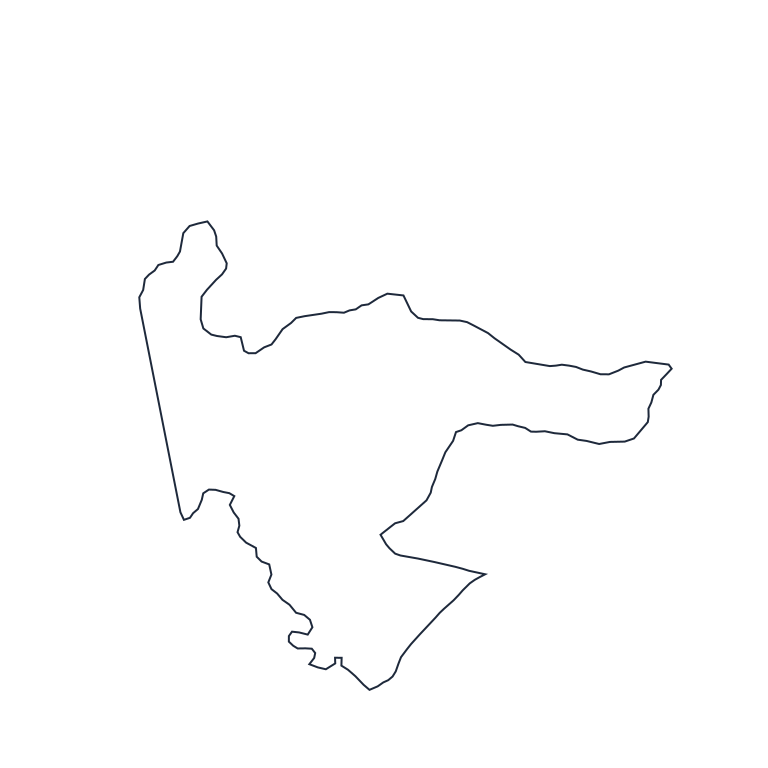 Governador Luiz Rocha, Maranhão, Brazil, rotated 234°
{"feature_id": "56859067B14597495707649", "entity_name": "Governador Luiz Rocha", "entity_type": "district", "adm_level": 2, "iso_a3": "BRA", "parent_name": "Brazil", "parent_adm1": "Maranhão", "projection": "orthographic", "projection_center": [-44.107, -5.572], "detail": "fine", "context": "isolated", "style": "outline", "palette": "slate", "viewbox_px": 768, "rotation_deg": 234, "n_neighbors": 0, "source": "geoboundaries", "source_scale": "gbopen_adm2", "svg_char_len": 2686}
<svg xmlns="http://www.w3.org/2000/svg" viewBox="0 0 768 768"><g transform="rotate(234 384 384)"><path d="M598.0,237.0L588.4,231.1L399.9,143.9L391.7,142.3L389.8,148.4L391.7,153.6L392.2,160.0L397.4,168.5L401.8,173.5L401.5,180.3L397.4,185.5L391.1,190.5L386.6,194.7L381.3,197.0L376.8,188.2L368.4,186.9L360.5,187.1L354.4,183.7L350.2,178.4L344.9,177.8L336.7,179.2L326.6,184.0L319.1,179.5L312.3,180.6L305.5,185.1L296.0,180.9L291.5,173.8L284.2,172.4L277.3,174.4L269.1,175.0L261.0,177.8L250.6,178.4L244.1,183.7L236.8,185.5L229.3,183.1L226.1,175.0L232.9,169.3L237.7,164.0L236.0,158.9L231.5,155.6L225.6,156.7L220.8,158.7L216.3,165.1L212.3,170.0L206.8,170.2L203.4,166.5L201.2,158.9L193.6,163.9L187.4,169.3L186.6,180.3L191.3,183.5L187.4,188.8L181.2,184.0L174.0,186.9L164.4,189.1L152.6,190.7L145.1,192.5L143.1,201.2L143.0,208.0L141.9,213.3L142.3,219.0L144.6,224.6L149.3,231.4L153.0,237.2L155.9,246.6L157.7,253.0L160.4,265.8L164.7,288.3L166.1,294.5L166.9,300.5L168.1,313.1L169.5,320.8L170.8,326.4L172.3,336.2L172.2,342.4L171.5,348.1L170.6,354.0L178.2,347.2L182.9,343.0L188.3,339.0L194.1,334.3L210.4,320.1L222.9,308.8L235.6,296.5L240.2,293.3L247.8,291.9L253.0,291.5L264.1,292.6L264.6,305.0L264.8,311.1L261.8,319.0L263.4,335.1L264.9,350.0L268.6,357.9L272.5,362.2L277.0,369.6L281.8,375.7L287.9,385.8L292.7,393.5L297.4,406.5L302.8,414.0L301.1,419.4L301.1,427.8L297.2,436.9L291.0,442.7L286.2,447.5L282.2,454.6L275.6,464.2L271.1,467.6L265.5,472.4L259.1,474.9L255.9,479.1L251.2,486.4L244.1,492.9L235.4,502.8L225.1,508.0L218.9,514.4L209.0,522.8L204.3,532.8L195.9,544.9L193.0,554.2L198.1,575.0L202.0,578.9L208.6,583.4L211.9,589.4L216.9,595.6L218.1,602.7L220.4,607.4L224.5,610.6L225.9,618.5L227.3,625.7L232.4,625.7L241.6,615.9L248.3,608.8L256.2,588.0L257.1,581.4L259.6,571.7L264.6,564.9L272.4,558.9L278.8,553.3L284.9,549.4L290.1,544.5L295.1,539.2L297.8,533.9L301.0,528.7L318.7,511.3L328.6,510.2L337.3,506.7L356.0,500.3L364.0,498.1L378.5,491.0L385.2,487.6L390.8,482.6L402.9,466.4L407.6,461.7L413.5,453.8L417.6,450.4L426.7,448.6L444.2,451.8L455.1,439.8L457.0,429.9L457.6,418.2L460.8,412.1L461.0,405.0L463.8,399.4L465.2,393.5L470.0,387.8L474.4,381.9L477.6,374.8L485.5,359.7L489.1,351.8L488.0,344.7L488.0,334.2L484.0,322.8L482.1,316.2L484.1,308.6L484.4,298.2L488.5,292.5L493.2,290.3L506.1,295.6L510.7,291.7L514.6,283.8L521.0,277.1L525.5,273.3L535.1,270.5L544.1,273.7L561.8,287.7L564.3,296.2L567.0,309.5L567.9,317.4L570.2,324.1L574.1,327.7L584.7,329.7L594.3,330.0L601.9,334.9L608.2,336.9L619.3,336.7L623.1,327.9L626.1,319.6L624.0,310.3L611.1,296.8L608.9,291.9L606.9,285.2L610.2,279.3L612.9,271.4L610.6,265.2L610.6,258.2L609.5,252.3L601.6,244.4L598.0,237.0Z" fill="none" stroke="#1e293b" stroke-width="2"/></g></svg>